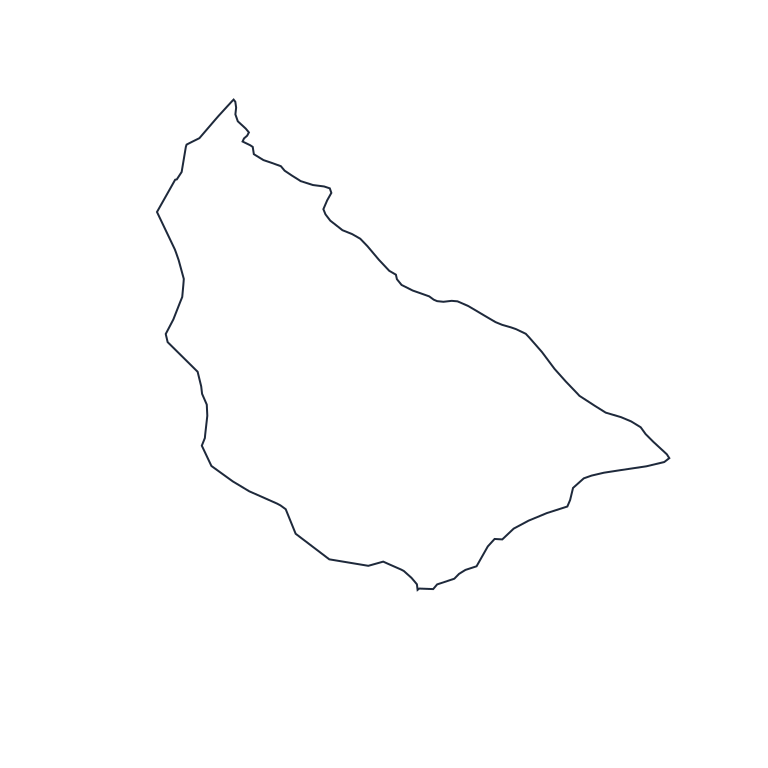 outline of Sanquin Dist #1, Sinoe, Liberia, rotated 298°
{"feature_id": "62588387B9002390323622", "entity_name": "Sanquin Dist #1", "entity_type": "district", "adm_level": 2, "iso_a3": "LBR", "parent_name": "Liberia", "parent_adm1": "Sinoe", "projection": "equal_earth", "projection_center": [-9.186, 5.483], "detail": "fine", "context": "isolated", "style": "outline", "palette": "slate", "viewbox_px": 768, "rotation_deg": 298, "n_neighbors": 0, "source": "geoboundaries", "source_scale": "gbopen_adm2", "svg_char_len": 1928}
<svg xmlns="http://www.w3.org/2000/svg" viewBox="0 0 768 768"><g transform="rotate(298 384 384)"><path d="M228.2,348.3L228.2,349.6L227.3,356.0L223.7,360.3L210.3,376.3L203.5,418.0L216.1,455.5L224.4,464.2L226.8,466.7L227.2,472.9L228.2,486.3L228.2,489.3L225.7,499.4L222.6,507.1L218.0,510.3L219.9,511.1L226.0,523.7L232.0,525.0L245.1,537.5L251.6,539.4L258.1,543.2L266.5,551.3L289.3,551.9L299.1,554.4L301.9,560.5L302.3,561.4L317.2,566.4L331.2,575.8L346.5,588.4L361.9,603.4L368.9,602.8L381.0,599.7L394.5,604.7L400.6,610.3L408.9,619.8L418.7,632.9L434.5,654.3L446.7,668.1L452.5,670.7L453.7,668.5L454.7,666.8L459.4,648.9L462.6,638.5L466.3,631.0L466.4,629.7L467.0,619.8L466.0,608.8L462.8,593.2L463.7,580.5L465.3,562.1L466.1,559.9L471.6,543.2L477.4,527.5L486.4,508.4L493.1,490.8L494.9,485.6L494.4,474.6L493.6,469.5L491.7,460.5L491.0,453.4L491.4,443.9L491.6,439.3L492.4,421.8L491.5,410.1L489.2,404.7L484.5,397.9L482.1,392.0L481.8,388.3L482.6,382.8L481.2,373.3L480.0,365.5L479.7,353.0L482.6,346.2L486.1,343.2L486.4,335.5L491.3,321.1L497.9,304.7L501.1,294.9L501.4,285.5L500.3,275.1L503.0,259.9L506.3,252.7L509.9,248.4L519.5,247.6L528.0,247.8L531.3,244.3L530.3,238.4L526.3,227.8L524.0,215.1L524.2,213.3L524.8,204.9L525.7,196.1L527.9,190.7L526.4,180.3L525.1,172.4L525.8,161.2L531.7,156.8L532.0,153.8L531.7,145.3L535.1,145.1L539.0,146.6L542.7,146.6L544.6,142.0L547.3,131.6L552.3,126.2L558.6,123.7L563.4,120.2L564.5,117.7L562.5,117.1L555.3,115.2L543.2,112.1L538.5,111.0L514.4,105.6L507.7,100.8L502.7,97.3L500.4,97.7L476.2,105.8L467.4,105.0L466.3,103.7L457.3,103.5L429.3,102.8L404.6,136.2L402.1,139.0L396.9,144.6L382.8,157.9L380.1,159.1L376.6,160.6L366.1,165.0L360.3,165.6L342.1,167.7L325.7,167.8L324.3,169.0L322.5,170.6L319.4,173.3L307.3,213.7L296.1,223.7L289.9,228.0L282.6,237.2L273.0,242.9L255.3,249.9L252.2,251.2L244.0,252.1L230.6,270.1L227.0,296.3L226.0,315.4L228.2,345.7L228.2,348.3Z" fill="none" stroke="#1e293b" stroke-width="2"/></g></svg>